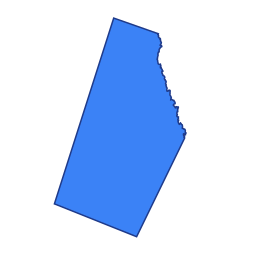 the border of Alberta, rotated 203°
{"feature_id": "CAN-632", "entity_name": "Alberta", "entity_type": "Province", "adm_level": 1, "iso_a3": "CAN", "parent_name": "Canada", "parent_adm1": "", "projection": "orthographic", "projection_center": [-116.491, 54.496], "detail": "fine", "context": "isolated", "style": "filled", "palette": "blue", "viewbox_px": 256, "rotation_deg": 203, "n_neighbors": 0, "source": "natural_earth", "source_scale": "10m", "svg_char_len": 5060}
<svg xmlns="http://www.w3.org/2000/svg" viewBox="0 0 256 256"><g transform="rotate(203 128 128)"><path d="M184.1,223.6L136.9,226.6L136.9,226.4L137.1,226.2L137.2,225.8L137.1,225.6L136.8,225.5L136.6,225.5L136.4,225.4L135.9,224.8L135.8,224.6L135.7,224.4L135.8,224.0L135.8,223.9L134.9,223.2L134.3,223.2L133.9,223.0L133.6,223.1L133.4,223.0L133.2,222.9L133.0,222.7L133.2,222.3L133.2,222.1L132.6,221.9L132.4,221.4L132.1,221.2L132.0,220.7L131.9,220.5L131.6,220.5L131.4,220.4L131.2,220.0L130.7,219.7L130.6,219.2L130.5,218.8L130.6,218.3L130.8,217.5L130.8,217.1L130.7,216.8L130.3,217.0L130.2,217.0L129.7,216.9L129.4,217.0L129.3,216.9L129.3,216.7L128.9,216.5L128.8,216.4L128.7,216.1L128.8,215.9L129.0,215.6L129.4,215.5L129.5,215.4L129.5,215.2L129.6,214.5L129.6,214.3L129.8,214.0L129.9,213.9L129.9,213.7L129.8,213.3L129.8,213.2L130.0,213.0L130.0,212.9L130.0,212.7L129.9,212.0L129.5,211.3L129.3,210.9L129.3,210.6L129.2,210.3L129.2,209.9L129.3,209.7L129.7,209.6L129.7,209.3L129.5,208.7L129.5,208.0L129.5,207.8L129.4,207.7L129.2,207.6L129.0,207.1L128.8,206.9L128.7,206.5L128.6,206.1L128.7,205.6L128.6,205.4L128.4,204.9L128.4,204.7L128.3,203.9L127.9,203.2L128.1,202.9L128.1,202.7L127.9,202.5L127.6,202.2L127.1,201.8L127.1,201.7L126.9,201.2L126.3,200.4L125.7,199.5L125.5,199.1L125.3,199.0L125.1,198.8L124.4,198.7L124.0,198.7L123.7,198.9L123.5,199.1L123.4,199.3L123.2,199.5L123.0,199.4L122.8,198.8L122.2,198.3L121.9,197.9L121.9,197.7L122.1,197.6L122.2,197.3L122.1,197.0L121.9,196.7L121.6,196.3L121.6,196.2L121.4,196.2L121.2,196.4L121.0,196.5L120.9,196.4L120.8,196.0L120.7,195.8L120.5,195.7L120.2,195.7L120.0,195.4L119.8,195.3L119.5,195.2L119.3,195.0L119.2,194.9L119.0,194.4L118.7,194.3L118.4,194.2L118.1,194.1L118.1,193.7L118.3,193.5L118.8,193.4L118.9,193.1L118.7,192.9L118.6,192.7L118.5,192.2L118.4,192.0L118.1,191.9L117.9,191.8L117.8,191.5L117.8,191.4L117.5,191.2L117.1,191.0L116.9,190.9L116.7,190.6L116.7,190.3L116.6,190.2L116.2,190.0L115.2,190.0L114.9,189.9L114.4,189.5L114.1,189.3L113.9,189.0L113.9,188.7L113.9,188.0L113.8,187.6L113.5,187.3L113.2,187.1L112.8,187.1L112.5,186.9L112.4,186.7L112.4,186.4L112.1,186.2L111.7,186.2L111.4,186.1L111.1,185.8L111.1,185.6L111.1,185.3L111.0,185.2L110.8,184.9L110.8,184.4L110.8,184.0L110.8,183.6L110.6,183.3L110.0,183.0L109.8,182.8L109.7,182.4L109.7,182.0L109.6,181.9L109.5,181.7L109.0,181.5L108.9,181.3L108.7,180.8L108.6,180.6L108.4,180.5L107.9,180.3L107.7,180.1L107.5,179.8L107.5,179.4L107.5,179.0L107.4,178.7L107.2,178.4L107.0,178.1L106.9,178.0L106.9,177.8L106.9,177.6L106.8,177.4L106.7,177.3L106.5,177.2L106.4,177.2L106.2,177.3L105.8,177.4L105.7,177.5L105.3,178.0L105.1,178.3L105.2,178.6L105.0,178.9L104.7,179.0L104.3,179.0L104.0,179.0L103.8,178.8L103.6,178.4L103.5,178.0L103.2,177.3L103.2,177.1L103.2,176.9L103.1,176.7L102.9,176.5L102.8,176.4L102.8,176.2L102.7,175.7L102.6,175.3L102.3,175.0L101.9,174.4L101.7,174.3L101.1,174.0L100.9,173.9L100.5,173.3L100.3,173.1L100.2,173.0L100.1,172.9L100.2,172.7L100.0,172.3L99.9,172.2L99.9,171.9L99.9,171.4L99.8,171.0L99.7,170.7L99.4,171.0L99.0,171.4L98.6,171.4L97.8,171.1L97.4,171.2L97.0,171.3L96.7,171.4L96.4,171.3L96.1,170.8L95.9,170.5L95.6,170.4L95.3,170.3L94.9,170.2L94.7,169.9L94.2,169.0L94.2,168.7L94.5,168.4L94.9,168.1L95.1,167.9L95.2,167.5L95.3,167.1L95.2,166.8L95.0,166.5L94.5,166.3L93.5,166.1L93.1,165.9L92.7,165.3L92.5,165.1L92.2,165.1L92.1,165.3L92.0,165.6L91.9,165.8L91.9,166.1L91.9,166.3L91.6,166.6L91.3,166.6L90.9,166.6L90.6,166.6L90.2,167.0L89.9,167.0L89.8,166.9L89.8,166.5L89.6,166.2L89.6,165.7L90.0,165.4L90.1,165.1L89.7,164.9L89.5,164.6L89.4,164.5L89.3,164.3L89.3,164.1L89.4,163.8L89.4,163.7L89.0,163.3L88.9,163.2L88.7,162.8L88.7,162.6L88.6,162.4L88.7,162.2L89.0,162.0L89.2,161.8L89.1,161.6L89.0,161.3L88.8,160.9L88.8,160.6L88.6,160.3L88.5,160.1L88.1,159.9L87.9,159.8L87.8,159.5L87.9,159.4L88.0,159.1L88.0,158.9L88.0,158.7L87.9,158.5L87.6,158.4L87.4,157.9L87.4,157.7L87.2,157.6L86.8,157.6L86.5,157.7L86.2,157.9L85.8,157.8L85.8,157.4L85.7,157.0L85.6,156.7L85.3,156.4L85.4,156.1L85.5,155.9L85.5,155.5L85.4,155.1L85.1,155.1L84.8,154.6L84.7,154.6L84.4,154.8L84.3,154.5L84.3,154.3L84.5,154.0L84.6,153.9L84.6,153.7L84.3,153.4L83.6,152.4L83.3,152.2L82.9,152.0L82.7,151.8L82.4,151.5L82.3,151.4L82.1,151.4L82.0,151.5L81.9,151.7L81.9,152.0L81.8,152.4L81.7,152.5L81.8,153.0L81.7,153.2L81.2,152.9L80.7,152.7L80.3,152.3L80.2,152.3L79.6,152.1L79.3,152.1L79.2,152.0L79.1,151.8L78.9,151.5L78.3,150.5L78.2,150.1L78.1,149.7L78.1,149.3L78.1,149.2L77.8,148.9L77.6,149.0L77.3,149.1L77.1,149.1L76.9,149.1L76.5,148.9L75.9,148.7L75.7,148.7L75.6,148.8L75.4,149.1L74.5,148.5L74.3,148.2L74.2,148.0L73.8,146.9L73.7,146.5L73.5,146.3L73.3,146.2L73.0,146.3L72.9,146.3L72.8,146.1L72.7,146.0L72.6,145.8L72.7,145.6L72.9,145.4L72.9,145.2L72.6,144.7L72.5,144.3L72.8,144.3L73.0,144.3L73.9,144.6L74.3,144.6L74.6,144.3L74.5,143.9L74.4,143.6L74.0,143.2L73.9,142.8L73.8,142.7L73.6,142.7L73.4,142.9L73.1,142.7L72.9,142.6L72.7,142.5L72.7,142.4L72.9,141.6L72.8,141.3L72.3,141.3L72.1,141.2L72.0,140.9L71.9,140.6L72.0,139.8L77.6,31.3L166.1,29.4L184.1,223.6Z" fill="#3b82f6" stroke="#1e3a8a" stroke-width="1.5"/></g></svg>